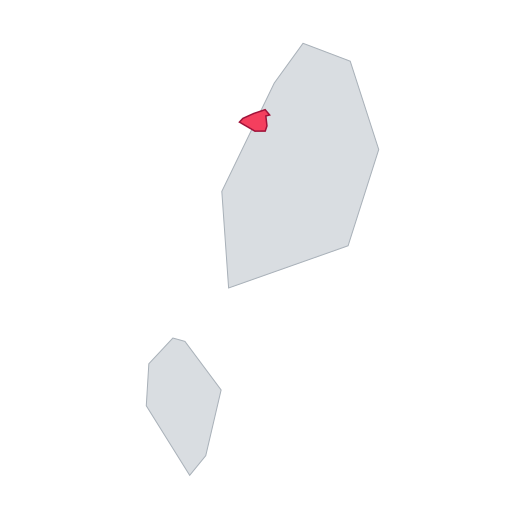 Malta, with Sliema highlighted, rotated 251°
{"feature_id": "MLT-5936", "entity_name": "Sliema", "entity_type": "state/province", "adm_level": 1, "iso_a3": "MLT", "parent_name": "Malta", "parent_adm1": "", "projection": "natural_earth1", "projection_center": [14.506, 35.912], "detail": "fine", "context": "in_parent", "style": "filled", "palette": "rose", "viewbox_px": 512, "rotation_deg": 251, "n_neighbors": 0, "source": "natural_earth", "source_scale": "10m", "svg_char_len": 544}
<svg xmlns="http://www.w3.org/2000/svg" viewBox="0 0 512 512"><g transform="rotate(251 256 256)"><path d="M441.8,369.7L409.5,408.5L316.7,406.7L235.7,346.4L234.7,219.7L328.2,244.7L413.6,329.6L441.8,369.7ZM198.4,161.0L140.7,179.4L83.6,143.5L70.2,121.9L150.1,103.5L189.0,119.6L205.5,150.7L198.4,161.0Z" fill="#d9dde1" stroke="#a8b0b8" stroke-width="1"/><path d="M388.0,283.9L390.4,288.4L391.5,300.3L391.4,312.3L384.9,314.8L385.2,310.9L375.4,308.7L371.1,305.4L374.4,295.6L388.0,283.9Z" fill="#f43f5e" stroke="#9f1239" stroke-width="1.5"/></g></svg>